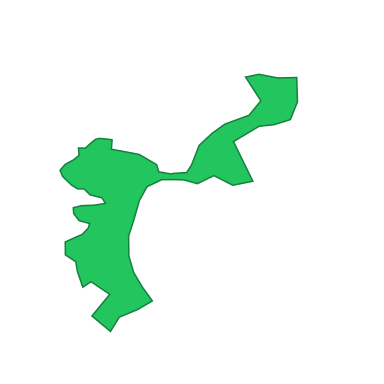 outline of Pera Chorio, Nicosia, Cyprus, rotated 64°
{"feature_id": "46923920B47441185050524", "entity_name": "Pera Chorio", "entity_type": "district", "adm_level": 2, "iso_a3": "CYP", "parent_name": "Cyprus", "parent_adm1": "Nicosia", "projection": "equal_earth", "projection_center": [33.375, 35.031], "detail": "fine", "context": "isolated", "style": "filled", "palette": "green", "viewbox_px": 384, "rotation_deg": 64, "n_neighbors": 0, "source": "geoboundaries", "source_scale": "gbopen_adm2", "svg_char_len": 1146}
<svg xmlns="http://www.w3.org/2000/svg" viewBox="0 0 384 384"><g transform="rotate(64 192 192)"><path d="M281.6,326.4L272.6,312.2L273.8,292.4L272.5,275.4L255.7,278.3L238.8,279.7L221.9,276.8L203.8,268.3L192.1,257.0L176.5,242.9L167.5,230.0L167.7,213.7L173.6,201.5L177.6,194.0L186.9,183.5L186.9,165.1L203.8,152.4L209.0,132.6L186.9,132.6L164.9,132.6L162.3,102.9L167.5,88.7L170.0,71.8L157.1,57.6L135.0,47.7L127.2,64.7L115.6,80.2L112.2,93.5L140.2,90.1L148.0,107.1L145.4,132.6L148.0,148.1L153.2,165.1L167.5,180.6L172.1,188.2L172.1,188.5L169.5,194.8L166.8,201.4L166.9,202.4L166.6,202.8L164.8,205.5L162.2,208.9L159.4,213.0L151.9,211.8L135.0,223.1L118.2,245.7L110.0,240.9L106.1,247.0L103.0,252.2L102.4,255.9L103.7,261.5L105.8,268.5L102.7,274.8L109.5,277.4L111.2,284.4L111.5,293.7L114.6,301.1L121.4,301.5L133.3,297.1L139.1,293.4L141.8,287.8L150.0,284.8L157.8,275.5L164.3,274.8L160.9,285.9L155.8,297.4L154.1,305.6L159.5,307.8L168.3,306.0L175.5,297.8L178.9,301.1L182.0,309.3L181.6,317.8L181.3,327.8L193.0,333.4L203.8,327.0L212.9,329.8L229.7,331.9L228.4,322.1L247.9,310.8L259.6,336.3L281.6,326.4Z" fill="#22c55e" stroke="#15803d" stroke-width="1.5"/></g></svg>